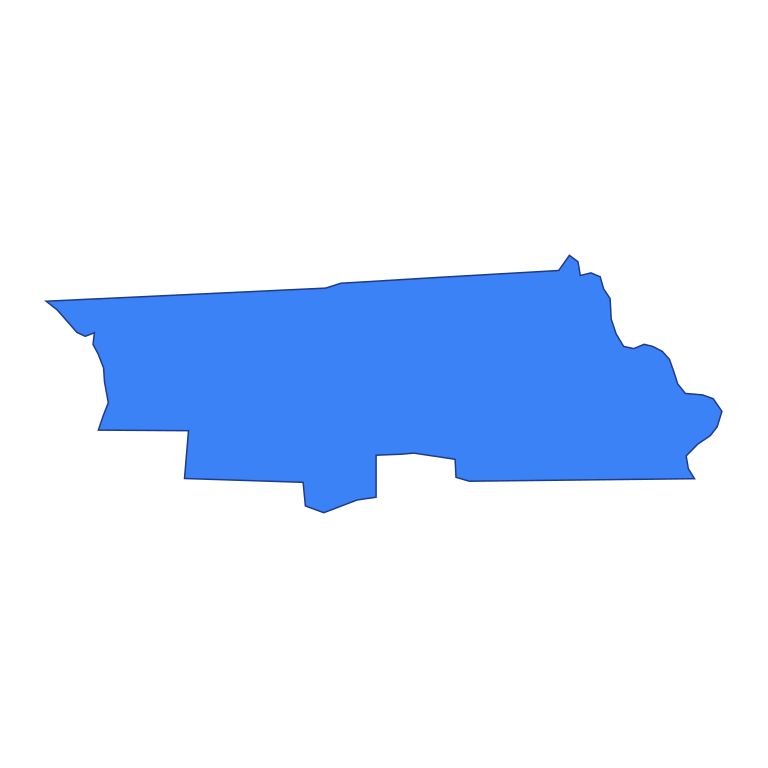 Vila Flores, Rio Grande do Sul, Brazil (Albers equal-area conic projection)
{"feature_id": "56859067B54992205336034", "entity_name": "Vila Flores", "entity_type": "district", "adm_level": 2, "iso_a3": "BRA", "parent_name": "Brazil", "parent_adm1": "Rio Grande do Sul", "projection": "albers", "projection_center": [-51.536, -28.86], "detail": "fine", "context": "isolated", "style": "filled", "palette": "blue", "viewbox_px": 768, "rotation_deg": 0, "n_neighbors": 0, "source": "geoboundaries", "source_scale": "gbopen_adm2", "svg_char_len": 820}
<svg xmlns="http://www.w3.org/2000/svg" viewBox="0 0 768 768"><path d="M673.9,371.9L669.4,359.3L662.3,351.4L652.7,346.4L644.1,344.3L633.8,348.6L623.6,346.4L616.1,333.8L611.2,319.0L610.1,298.6L603.6,288.8L600.2,276.8L591.0,272.9L580.3,275.5L578.0,261.8L569.4,255.3L558.7,270.5L431.4,277.8L353.5,282.5L341.0,283.2L325.6,288.1L46.1,301.2L57.2,309.9L76.9,332.4L85.2,336.3L94.4,332.8L93.0,344.4L98.3,354.3L103.6,368.0L104.5,381.9L108.3,402.7L103.1,416.0L98.4,430.1L188.5,430.7L184.5,478.5L303.1,482.3L305.4,506.0L323.8,512.7L357.0,500.0L376.1,497.2L376.1,455.2L401.6,454.2L413.8,453.1L455.1,459.3L456.0,477.3L469.2,481.2L694.5,478.7L688.3,468.6L686.2,455.9L697.9,444.0L710.3,435.6L717.2,426.8L721.9,411.4L713.3,398.8L702.6,394.9L685.3,393.4L677.7,383.9L673.9,371.9Z" fill="#3b82f6" stroke="#1e3a8a" stroke-width="1.5"/></svg>